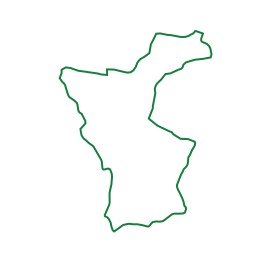 an SVG outline of Parwan, rotated 277°
{"feature_id": "AFG-1772", "entity_name": "Parwan", "entity_type": "Province", "adm_level": 1, "iso_a3": "AFG", "parent_name": "Afghanistan", "parent_adm1": "", "projection": "orthographic", "projection_center": [68.914, 35.004], "detail": "fine", "context": "isolated", "style": "outline", "palette": "green", "viewbox_px": 256, "rotation_deg": 277, "n_neighbors": 0, "source": "natural_earth", "source_scale": "10m", "svg_char_len": 2255}
<svg xmlns="http://www.w3.org/2000/svg" viewBox="0 0 256 256"><g transform="rotate(277 128 128)"><path d="M150.5,150.2L139.9,147.5L139.4,148.1L133.9,157.0L129.7,169.6L129.2,172.0L127.3,173.7L123.7,181.5L124.3,189.1L122.4,196.1L120.5,196.6L118.2,196.2L113.7,194.2L108.7,192.7L106.5,191.6L105.4,191.5L100.9,191.7L99.0,191.5L96.9,190.7L94.3,188.7L93.6,188.2L92.9,188.0L90.4,187.3L88.3,186.3L77.6,183.6L76.1,183.7L74.0,184.5L65.4,190.2L60.9,192.4L58.4,193.1L57.6,193.6L56.4,194.9L55.7,195.3L54.6,195.4L51.9,195.0L51.0,194.7L50.4,193.9L49.9,193.1L49.0,187.9L48.8,185.2L48.4,183.8L47.6,182.1L40.1,174.4L39.5,173.0L38.9,171.0L38.7,167.4L37.7,164.1L36.0,162.7L33.3,161.1L32.9,160.5L32.6,159.6L33.3,154.2L33.6,148.9L33.1,144.9L33.0,140.3L31.2,135.1L23.6,126.8L24.7,125.3L27.8,123.7L31.9,122.3L34.0,121.0L35.7,119.7L36.6,118.6L37.1,117.7L37.3,116.9L37.4,116.2L37.8,115.7L38.8,115.6L49.5,118.7L51.6,118.9L61.3,117.6L70.2,118.4L77.7,118.1L80.7,117.4L84.7,115.3L85.3,113.3L85.1,112.7L84.9,111.8L84.1,110.2L83.9,109.2L83.8,108.7L84.2,108.0L85.1,107.5L91.8,106.0L93.8,104.8L104.6,96.6L104.9,96.4L106.0,95.2L108.2,91.1L110.6,87.9L112.0,85.5L113.4,84.1L114.7,83.1L115.6,82.6L121.2,80.9L127.3,85.2L128.7,85.0L129.9,84.7L136.4,80.3L137.4,78.1L138.1,77.4L139.3,76.6L145.5,74.8L146.5,74.2L147.4,73.2L148.8,71.2L151.3,66.5L152.4,65.3L154.0,64.3L161.3,61.0L162.3,60.7L163.2,60.1L164.4,59.0L165.8,57.1L169.2,54.1L174.4,55.4L176.3,55.2L177.3,54.9L178.2,55.6L180.6,59.0L180.5,63.5L178.8,71.5L178.4,91.5L177.9,94.7L178.1,100.8L183.6,100.0L184.3,106.9L183.2,116.7L182.9,120.2L183.5,123.6L185.8,126.3L189.6,128.3L193.7,129.2L196.0,130.5L197.9,131.9L200.7,135.6L204.9,140.1L213.7,140.5L220.1,142.9L225.0,144.5L225.8,148.6L225.2,156.0L225.4,159.7L224.8,168.5L225.0,171.7L225.5,174.0L226.5,176.3L227.2,177.6L228.2,178.6L229.1,180.2L230.0,181.3L230.8,182.0L232.4,182.9L232.4,184.2L232.1,185.3L230.9,190.9L225.8,189.8L224.0,189.9L222.7,190.7L222.0,192.7L221.6,194.6L220.9,196.4L219.1,198.6L217.1,200.0L211.2,201.9L208.1,201.4L205.8,194.1L203.9,186.0L200.2,177.5L197.6,175.3L194.6,174.7L193.1,173.3L192.1,171.1L187.3,163.3L186.1,158.6L179.9,154.9L178.2,153.4L175.6,151.4L173.1,150.3L170.2,149.8L165.9,150.9L152.6,150.0L150.5,150.2Z" fill="none" stroke="#15803d" stroke-width="2"/></g></svg>